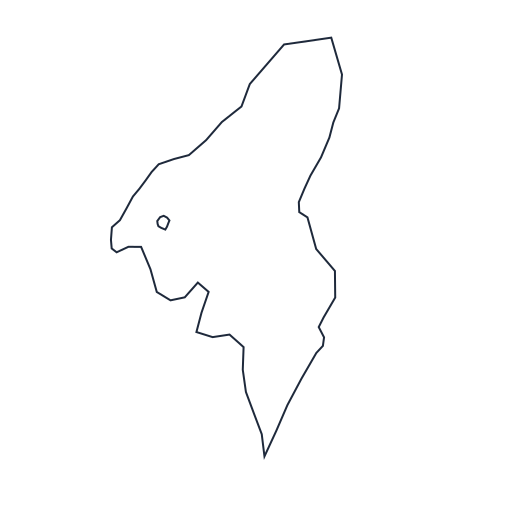 map outline of Goranboy (Equal Earth projection), rotated 163°
{"feature_id": "AZE-1681", "entity_name": "Goranboy", "entity_type": "District", "adm_level": 1, "iso_a3": "AZE", "parent_name": "Azerbaijan", "parent_adm1": "", "projection": "equal_earth", "projection_center": [46.693, 40.614], "detail": "fine", "context": "isolated", "style": "outline", "palette": "slate", "viewbox_px": 512, "rotation_deg": 163, "n_neighbors": 0, "source": "natural_earth", "source_scale": "10m", "svg_char_len": 1124}
<svg xmlns="http://www.w3.org/2000/svg" viewBox="0 0 512 512"><g transform="rotate(163 256 256)"><path d="M305.7,372.7L303.3,372.6L290.7,372.1L269.8,381.4L249.5,394.1L233.7,400.3L228.8,402.2L226.2,403.2L220.3,410.9L214.3,418.8L211.6,422.3L167.3,450.1L136.7,445.3L136.4,445.3L120.2,442.8L120.7,404.4L133.4,372.9L143.0,361.1L151.2,347.8L165.0,331.3L180.4,317.0L190.0,306.2L199.3,295.0L201.8,285.3L195.5,277.9L196.4,245.1L184.9,218.6L192.4,193.1L209.3,177.5L216.8,169.7L214.7,158.3L218.3,150.5L226.6,145.7L248.3,125.5L269.5,104.3L287.7,82.9L306.5,61.9L302.6,83.9L304.0,105.6L305.4,128.9L301.9,151.1L294.5,172.5L304.3,188.6L321.2,191.1L335.2,200.7L324.7,217.7L311.8,235.5L319.4,247.6L336.2,237.3L350.7,238.6L361.4,250.6L360.8,274.2L363.2,298.3L375.3,302.1L388.2,300.3L391.8,305.4L390.0,313.8L385.4,325.6L375.7,330.0L365.7,339.6L356.3,348.9L348.0,354.3L339.8,360.3L331.2,366.9L327.1,369.3L322.2,372.2L306.5,372.7L305.7,372.7ZM332.5,321.4L336.3,321.2L340.2,318.3L340.7,315.4L340.6,313.0L338.4,310.6L335.0,307.8L332.5,310.1L330.2,313.1L328.4,315.3L329.8,318.7L332.5,321.4Z" fill="none" stroke="#1e293b" stroke-width="2"/></g></svg>